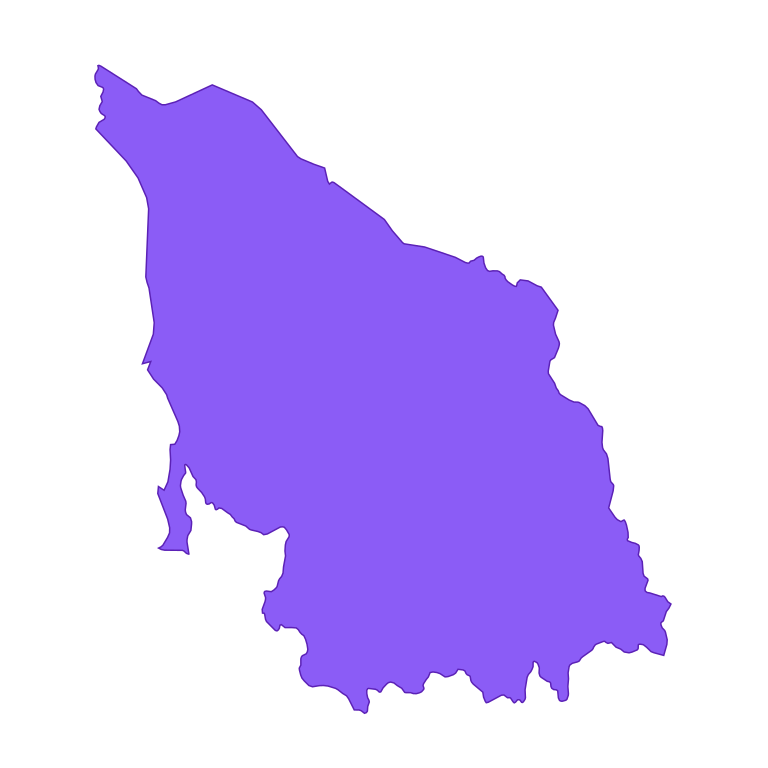 SVG path tracing the border of Pahang, rotated 178°
{"feature_id": "MYS-1147", "entity_name": "Pahang", "entity_type": "State", "adm_level": 1, "iso_a3": "MYS", "parent_name": "Malaysia", "parent_adm1": "", "projection": "natural_earth1", "projection_center": [102.483, 3.614], "detail": "fine", "context": "isolated", "style": "filled", "palette": "violet", "viewbox_px": 768, "rotation_deg": 178, "n_neighbors": 0, "source": "natural_earth", "source_scale": "10m", "svg_char_len": 6043}
<svg xmlns="http://www.w3.org/2000/svg" viewBox="0 0 768 768"><g transform="rotate(178 384 384)"><path d="M615.0,227.9L612.6,229.0L610.6,230.6L605.6,238.3L603.5,242.7L603.2,247.7L604.9,256.5L613.9,282.4L613.0,289.4L607.5,285.5L603.4,293.7L600.8,306.2L599.9,315.5L600.1,325.9L599.4,330.9L595.2,331.1L592.8,334.7L590.8,339.5L589.8,343.4L590.0,349.0L591.3,353.7L600.7,377.4L601.6,380.9L605.8,387.9L614.1,396.9L619.8,406.4L616.3,414.6L624.7,412.7L612.8,441.8L611.5,453.3L615.5,488.1L617.2,493.7L618.3,499.3L613.1,567.3L614.7,578.5L622.6,598.5L633.9,615.9L663.1,649.0L662.4,651.0L659.7,655.4L654.3,658.4L653.4,660.0L653.3,661.2L654.3,662.3L656.3,663.6L657.5,664.7L658.6,666.7L659.2,668.5L658.3,672.0L655.7,676.1L657.0,681.3L654.6,685.6L653.9,688.5L654.4,689.8L655.0,690.3L659.3,692.2L661.3,695.3L662.1,698.6L662.1,701.9L661.6,703.8L658.6,708.5L658.4,709.8L658.8,712.1L657.8,712.4L655.8,711.5L621.1,687.7L619.2,684.9L615.9,681.2L602.3,675.1L599.1,672.5L596.1,670.8L592.8,670.7L582.4,673.2L545.2,688.9L505.6,670.4L497.0,662.3L462.5,614.3L459.1,611.9L446.3,606.0L435.8,601.9L433.2,588.6L431.6,585.7L429.2,587.5L428.4,587.6L426.9,587.0L377.9,548.4L370.3,536.8L360.6,524.7L359.0,523.4L338.6,519.5L308.3,508.1L298.5,502.6L296.2,501.9L294.8,501.9L293.2,503.7L289.6,504.5L287.1,506.6L284.8,507.7L282.6,508.4L281.4,508.3L280.6,507.8L280.3,506.9L279.9,501.5L278.4,496.6L276.6,493.8L274.6,492.9L271.4,493.3L266.8,493.1L264.7,492.3L262.1,489.8L260.1,488.4L259.3,486.8L259.3,485.6L258.4,483.9L256.7,481.9L252.1,478.4L250.0,477.2L248.5,476.9L248.0,477.6L247.3,480.4L244.2,483.3L236.4,482.0L227.5,476.8L223.4,475.3L207.5,451.6L210.3,443.9L212.3,439.6L212.6,436.9L210.8,427.8L207.6,420.1L207.3,418.1L207.7,416.1L208.5,413.6L212.7,404.4L216.3,402.4L217.4,401.0L219.4,391.1L219.3,388.5L213.5,378.8L212.0,374.0L210.1,371.1L209.2,368.5L207.7,367.0L199.4,361.5L194.7,359.3L190.9,359.1L189.6,358.7L184.0,355.3L180.9,352.1L171.6,335.3L169.6,334.2L167.8,333.8L167.2,332.3L167.0,329.8L168.2,318.1L167.8,312.8L167.0,310.5L164.1,306.4L162.8,301.7L161.3,281.1L160.8,278.5L158.3,275.4L158.0,274.2L158.7,269.3L163.8,252.3L157.8,242.8L155.6,240.3L152.0,238.2L149.3,239.6L148.6,239.6L147.6,237.8L146.6,234.5L145.3,227.2L145.3,222.0L146.2,220.6L146.3,219.8L146.0,218.9L141.9,217.0L138.4,216.0L135.4,214.3L134.8,213.4L134.6,211.9L134.9,208.6L135.8,204.5L135.4,203.3L133.4,200.7L132.1,197.5L131.7,185.8L130.8,182.9L127.3,180.0L127.0,178.6L130.2,170.8L130.3,168.9L130.1,168.0L128.5,166.5L125.6,165.9L114.4,161.9L112.8,162.5L111.7,162.2L110.6,161.1L108.0,156.5L104.9,154.1L107.1,150.0L109.8,146.7L113.1,137.6L115.4,135.9L115.7,134.9L115.5,133.3L114.5,130.6L112.1,127.9L111.4,126.2L109.9,118.5L110.4,113.9L113.9,103.0L123.6,106.0L126.4,107.2L130.7,111.7L133.9,114.4L136.7,115.0L138.2,115.0L139.0,114.4L139.2,111.0L139.6,110.1L140.3,109.4L145.6,107.4L148.5,106.8L153.3,107.8L156.7,110.8L161.3,112.9L165.7,117.7L169.3,117.0L171.2,118.0L172.3,119.1L173.7,119.1L180.9,116.6L182.1,115.8L183.6,113.8L184.4,112.1L185.6,110.7L195.0,104.5L196.6,103.2L198.5,100.4L200.1,99.6L205.6,98.3L208.1,96.6L208.9,95.0L210.1,88.8L209.9,83.0L210.8,75.3L210.5,68.1L210.7,66.4L212.2,62.5L213.3,61.6L216.6,60.8L218.0,60.8L219.6,61.6L220.7,64.2L221.1,71.2L222.3,72.3L225.1,72.7L227.0,74.1L227.7,75.9L227.9,79.1L228.3,80.0L229.1,80.6L231.3,81.2L237.3,85.5L238.4,86.8L239.1,89.7L238.7,94.9L239.8,98.5L240.8,100.2L243.3,101.6L244.2,101.4L244.7,100.7L244.9,96.3L246.0,93.7L247.3,91.4L249.9,88.6L251.2,85.9L253.7,73.4L253.6,65.5L254.1,63.9L255.8,61.5L256.8,60.9L257.6,61.1L259.1,63.3L260.0,63.8L261.6,63.7L263.7,61.4L265.0,60.8L266.1,61.9L268.4,65.6L269.0,66.1L271.6,66.2L275.0,69.0L277.5,68.9L290.9,62.3L292.9,61.9L293.8,63.2L295.4,67.5L296.0,72.6L305.3,81.0L306.8,83.0L307.5,84.6L308.1,88.8L308.7,89.4L311.0,90.5L312.1,91.8L313.1,94.3L314.1,95.0L315.0,95.5L320.0,96.3L322.5,92.6L324.8,91.1L330.1,89.4L331.9,89.2L333.3,89.2L338.1,92.6L341.2,93.8L345.1,94.5L348.0,94.0L349.9,89.7L352.1,87.2L355.0,83.0L355.5,81.2L354.7,78.6L355.0,77.4L357.2,75.1L359.2,74.2L362.5,73.4L365.5,73.6L368.2,74.6L373.0,74.8L374.1,75.1L376.9,79.3L381.2,82.1L384.5,84.9L387.8,85.9L390.0,85.4L391.8,84.1L395.5,80.4L397.9,76.5L398.8,76.2L399.6,76.4L401.3,78.2L403.1,79.2L410.0,80.3L410.9,80.1L411.9,78.5L412.0,75.2L411.3,71.0L410.1,68.5L409.8,66.7L411.5,62.3L412.0,57.7L413.1,56.2L415.0,55.6L418.2,58.3L420.3,59.1L425.1,59.3L430.3,70.6L432.3,73.7L436.1,76.2L440.6,80.0L443.0,81.5L450.5,84.1L455.0,84.8L459.1,84.8L466.0,83.9L469.6,85.3L474.1,90.1L476.3,93.0L477.4,96.1L478.5,101.2L478.6,103.0L476.9,106.0L476.7,112.2L476.1,114.0L475.1,115.3L471.1,117.1L469.9,119.2L469.4,121.5L470.0,126.6L471.3,131.6L472.9,135.3L474.9,136.8L476.7,138.9L478.2,141.5L480.2,143.3L484.8,143.8L491.4,144.0L495.0,147.1L496.4,146.6L497.1,143.6L498.0,142.1L499.3,141.1L500.2,141.1L501.4,141.7L509.7,150.7L510.6,152.9L511.3,158.1L511.8,159.1L513.4,159.3L513.6,163.0L510.4,170.9L509.9,173.1L509.8,174.7L511.1,179.1L510.9,180.2L510.3,180.9L508.7,181.2L503.9,180.4L501.3,181.9L498.9,184.0L497.9,185.3L496.2,191.2L495.1,193.0L493.0,195.3L491.5,198.6L490.8,204.7L488.4,215.6L488.8,220.6L488.2,226.6L487.3,230.0L484.3,234.5L484.0,235.8L484.0,236.9L486.5,241.6L488.6,244.3L490.2,244.8L492.6,244.7L505.8,238.2L509.5,237.6L512.0,239.7L515.2,241.0L521.9,242.8L523.5,243.5L527.1,246.9L536.3,250.9L537.5,252.1L538.5,254.6L540.3,256.4L542.1,259.0L544.8,260.8L550.5,265.3L553.2,265.9L554.8,264.7L556.2,264.2L556.9,264.7L557.9,268.8L559.4,271.1L560.3,271.5L561.1,271.4L563.0,270.2L564.9,270.0L565.7,270.5L566.3,271.4L566.6,275.4L567.3,277.5L570.0,281.9L573.9,286.3L574.9,287.8L575.3,289.6L574.9,292.7L575.3,295.0L578.1,298.2L581.7,307.0L584.3,310.2L585.3,310.5L585.9,310.1L586.0,309.1L585.3,302.8L585.4,301.9L587.5,299.4L589.7,295.6L590.3,293.7L591.0,289.6L590.8,287.4L588.6,279.9L586.2,273.8L586.0,271.6L587.0,265.2L586.8,262.9L585.9,260.4L582.1,257.0L581.1,253.1L581.2,250.8L582.1,244.4L585.4,239.3L586.3,235.2L586.4,232.9L584.9,220.9L585.3,220.8L587.4,221.7L589.8,224.1L591.3,224.8L609.1,225.6L612.4,226.4L615.0,227.9Z" fill="#8b5cf6" stroke="#5b21b6" stroke-width="1.5"/></g></svg>